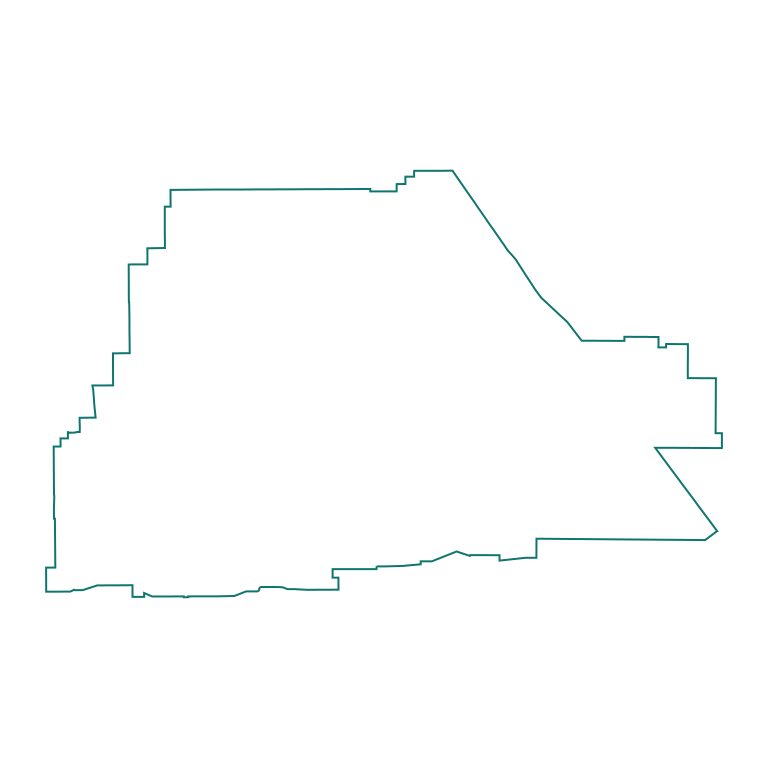 outline of Narembeen, Western Australia, Australia
{"feature_id": "25037944B21858000962433", "entity_name": "Narembeen", "entity_type": "district", "adm_level": 2, "iso_a3": "AUS", "parent_name": "Australia", "parent_adm1": "Western Australia", "projection": "albers", "projection_center": [118.572, -32.022], "detail": "fine", "context": "isolated", "style": "outline", "palette": "teal", "viewbox_px": 768, "rotation_deg": 0, "n_neighbors": 0, "source": "geoboundaries", "source_scale": "gbopen_adm2", "svg_char_len": 3783}
<svg xmlns="http://www.w3.org/2000/svg" viewBox="0 0 768 768"><path d="M55.2,552.5L55.3,566.9L55.3,567.6L46.1,567.6L46.2,591.7L70.2,591.6L74.4,589.7L75.1,590.2L82.8,590.1L97.3,585.4L120.0,585.3L132.5,585.2L132.5,596.9L135.8,596.9L136.3,596.9L144.2,596.9L144.1,593.0L152.2,596.5L183.8,596.4L183.8,597.3L188.2,597.2L188.2,596.4L188.7,596.4L200.2,596.3L210.7,596.3L219.1,596.3L234.0,596.0L234.4,596.0L235.0,595.7L239.5,594.0L243.5,592.4L245.7,591.6L246.1,591.5L246.4,591.4L251.2,591.4L254.0,591.4L255.1,591.4L256.3,591.4L256.7,591.4L257.0,591.4L257.3,591.4L257.5,591.4L258.0,591.2L258.3,591.0L258.5,590.8L258.7,590.7L258.9,590.4L259.0,590.2L259.1,589.9L259.2,589.7L259.2,589.4L259.3,589.2L259.3,588.8L259.3,588.6L259.4,588.4L259.5,588.2L259.7,587.8L259.8,587.7L260.0,587.5L260.2,587.4L260.4,587.3L260.8,587.1L261.1,587.0L261.3,587.0L261.7,587.0L261.9,587.0L262.4,587.0L263.3,587.0L266.9,587.0L272.7,587.0L276.6,587.0L281.1,587.2L282.7,587.3L283.0,587.4L284.0,587.8L287.5,589.1L287.9,589.1L288.0,589.1L294.1,589.1L302.8,589.6L306.9,589.8L333.2,589.7L338.5,589.7L338.4,577.7L332.6,577.7L332.6,569.1L376.5,569.1L376.6,566.2L376.6,566.3L376.9,566.4L385.5,566.4L403.1,565.9L420.7,564.3L420.7,561.3L423.5,561.3L431.9,561.3L456.6,551.5L463.2,553.7L469.9,555.9L470.1,555.8L470.2,555.6L470.4,555.1L499.5,555.2L499.5,560.6L525.5,557.8L536.4,557.8L536.5,538.7L547.3,538.8L597.7,539.2L669.8,539.8L685.8,539.9L705.1,540.1L716.8,531.3L717.2,531.2L709.4,520.6L698.9,506.6L692.0,497.2L686.7,490.2L655.2,447.8L671.7,447.8L690.3,447.9L705.1,448.0L721.8,448.1L721.9,447.0L721.9,433.2L715.6,433.2L715.9,378.2L699.1,378.2L695.8,378.1L687.8,378.1L687.8,367.7L687.8,367.4L687.8,365.9L687.9,356.0L687.9,344.1L677.2,344.1L666.1,344.0L666.1,347.4L658.4,347.4L658.5,343.0L658.5,337.0L651.6,337.0L651.3,337.0L647.7,336.9L624.4,336.8L624.4,340.9L581.7,340.7L581.5,340.4L579.4,337.8L567.2,321.9L562.3,317.4L550.3,306.2L543.0,299.4L541.5,298.1L536.3,291.1L534.6,288.7L531.0,283.1L527.3,277.5L521.9,269.1L515.6,259.3L511.6,254.7L509.7,252.6L507.8,250.5L505.8,247.6L504.8,246.1L503.8,244.6L501.7,241.7L495.8,233.1L491.8,227.4L490.7,225.9L489.8,224.6L481.2,212.1L477.2,206.4L475.1,203.2L471.0,197.4L460.8,182.7L452.5,170.7L449.1,170.7L442.5,170.8L439.1,170.8L435.1,170.8L431.1,170.8L424.5,170.8L418.5,170.8L416.3,170.8L414.2,170.8L414.1,171.0L414.1,171.8L414.1,173.7L414.1,176.7L405.4,176.7L405.4,184.0L396.7,184.1L396.6,191.4L381.4,191.4L370.5,191.4L370.3,191.4L370.3,189.0L368.5,189.0L362.9,189.0L344.4,189.1L331.9,189.1L319.4,189.2L307.2,189.2L294.9,189.3L282.6,189.3L270.4,189.4L257.8,189.4L245.1,189.5L232.6,189.5L220.2,189.5L207.7,189.6L195.3,189.7L183.0,189.8L182.7,189.8L170.5,189.9L170.6,206.7L167.1,206.7L164.8,206.7L164.8,209.5L164.8,211.5L164.8,214.5L164.8,218.6L164.8,221.7L164.8,223.2L164.8,226.5L164.8,228.3L164.8,229.2L164.8,232.6L164.8,236.1L164.9,239.4L164.9,241.4L164.9,243.7L164.9,248.0L147.3,248.3L147.4,250.0L147.4,261.7L147.4,264.3L146.0,264.4L143.5,264.4L141.4,264.4L137.7,264.4L134.9,264.4L131.8,264.4L129.8,264.5L128.9,264.5L128.7,264.5L128.8,283.9L128.8,293.9L128.9,302.2L129.0,302.2L129.2,302.3L129.4,315.3L129.5,335.6L129.6,340.5L129.7,353.2L127.4,353.2L124.8,353.2L122.9,353.2L121.8,353.3L120.4,353.2L119.1,353.3L116.8,353.3L116.1,353.3L114.7,353.3L113.0,353.3L113.0,354.8L113.0,355.0L113.0,355.3L113.0,355.6L113.0,355.9L113.0,357.9L113.0,360.7L113.0,362.5L113.0,364.6L113.0,365.3L113.1,384.6L113.1,385.4L92.6,385.5L92.4,385.5L93.2,390.0L94.0,400.0L94.4,406.0L95.6,417.6L79.6,417.8L79.6,420.3L79.8,427.1L79.7,432.0L77.1,432.0L74.8,432.6L69.6,432.7L69.6,432.8L69.3,432.8L68.2,432.1L67.9,432.1L67.9,438.4L60.5,438.4L60.6,446.1L60.5,446.5L53.7,446.5L53.8,467.4L54.0,494.8L54.3,495.8L54.0,506.3L53.9,509.7L54.0,518.7L54.9,518.7L55.2,552.5Z" fill="none" stroke="#0f766e" stroke-width="2"/></svg>